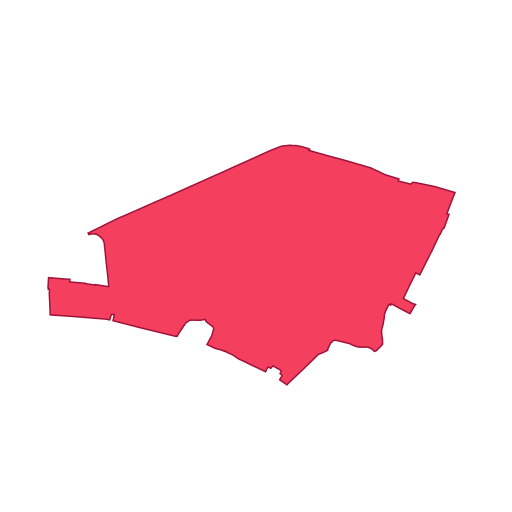 the district of Otopeni, Bucharest, Romania, rotated 34°
{"feature_id": "2599482B32051215942392", "entity_name": "Otopeni", "entity_type": "district", "adm_level": 2, "iso_a3": "ROU", "parent_name": "Romania", "parent_adm1": "Bucharest", "projection": "orthographic", "projection_center": [26.087, 44.559], "detail": "fine", "context": "isolated", "style": "filled", "palette": "rose", "viewbox_px": 512, "rotation_deg": 34, "n_neighbors": 0, "source": "geoboundaries", "source_scale": "gbopen_adm2", "svg_char_len": 5309}
<svg xmlns="http://www.w3.org/2000/svg" viewBox="0 0 512 512"><g transform="rotate(34 256 256)"><path d="M104.4,400.6L105.8,403.0L112.4,411.8L118.3,419.9L118.7,419.7L138.6,408.2L167.2,392.1L170.4,390.8L168.9,385.7L168.9,385.2L171.3,383.8L173.6,389.6L200.4,380.1L234.7,367.4L234.7,366.8L235.6,366.5L235.3,365.2L235.2,351.2L235.8,349.3L236.8,346.8L237.0,346.3L239.5,344.5L241.1,343.4L242.7,342.4L245.0,340.9L245.5,340.6L247.3,338.9L248.8,337.6L249.4,337.0L249.5,337.0L251.3,338.3L260.1,338.8L260.8,339.4L261.6,340.1L262.1,341.4L263.2,344.7L263.3,344.9L263.9,346.7L264.0,347.4L264.0,347.6L264.2,349.4L264.2,350.1L264.3,351.2L264.6,353.8L264.8,356.1L264.9,356.8L266.6,356.5L268.6,356.2L270.5,355.9L270.5,356.0L273.3,355.5L274.0,355.3L275.1,355.0L275.1,354.9L277.3,354.2L278.1,353.9L279.5,353.5L280.1,353.3L280.3,353.1L280.5,352.9L280.9,353.0L281.0,353.1L281.5,353.0L282.1,352.9L282.3,352.7L282.4,352.4L282.8,352.7L284.0,352.4L284.5,352.3L284.6,352.2L284.6,351.7L284.9,351.7L285.1,351.7L285.2,351.8L285.6,352.1L287.2,351.9L287.5,351.8L288.8,351.6L289.3,351.5L289.7,351.4L290.1,351.3L290.5,351.2L291.0,351.2L291.4,351.1L291.6,351.1L292.1,351.1L292.5,351.0L293.7,351.0L294.0,351.0L294.4,351.0L294.8,351.0L295.3,351.0L295.7,351.0L296.0,351.1L296.3,351.1L296.5,351.1L296.9,351.1L297.7,351.1L298.1,351.1L298.9,351.1L299.3,351.0L299.7,351.0L300.2,350.9L301.8,350.6L303.7,350.3L305.8,350.0L307.7,349.7L309.5,349.5L313.6,348.9L324.3,347.2L326.4,346.9L326.8,346.9L328.4,346.6L328.7,346.6L328.2,343.9L328.1,341.2L331.1,340.8L331.3,337.7L340.3,336.9L340.9,336.9L341.2,337.2L341.6,339.7L341.8,340.2L344.1,340.2L344.4,340.3L344.6,341.2L344.8,345.4L345.1,345.4L345.7,345.4L350.9,345.5L351.1,345.5L351.3,345.5L351.5,345.5L353.3,345.5L353.7,345.5L354.0,343.1L354.7,340.1L354.8,339.6L355.0,338.8L355.1,338.6L355.2,338.0L355.4,337.0L355.5,336.8L355.5,336.6L357.4,328.0L358.0,325.4L358.0,325.2L358.5,323.2L359.4,318.7L359.7,317.6L359.9,316.5L359.9,316.3L360.2,315.2L361.7,307.8L362.2,305.2L362.6,303.3L362.7,302.7L362.9,302.4L365.0,299.4L367.8,294.8L367.9,294.5L368.1,294.0L367.8,293.9L367.3,291.6L366.6,287.0L366.6,286.5L366.7,286.3L366.9,285.5L366.7,285.4L366.9,284.9L367.4,283.2L367.6,282.7L368.4,281.9L369.0,281.4L369.7,281.1L372.4,280.1L373.7,279.6L375.0,279.1L378.8,277.7L381.2,276.8L383.1,276.2L383.9,276.1L385.5,275.9L387.9,275.4L389.7,275.0L392.2,274.0L394.5,272.6L395.9,271.6L398.2,270.0L399.9,268.9L402.7,268.5L404.2,268.3L407.4,268.9L407.5,268.9L408.8,267.1L408.9,266.2L409.0,265.7L409.3,264.2L409.8,261.6L410.1,259.9L410.2,259.3L410.2,259.2L410.2,258.1L409.8,257.6L409.4,257.1L408.9,256.4L407.8,254.7L405.7,252.5L405.1,251.9L404.3,250.9L403.6,250.1L403.0,249.2L402.5,248.6L401.8,247.5L401.2,246.6L400.6,244.6L400.6,244.4L400.5,244.2L400.2,243.3L399.9,242.7L399.4,241.1L399.1,240.6L398.8,239.9L398.5,239.3L398.0,238.2L397.3,236.5L397.0,235.7L396.7,235.1L395.9,233.9L395.4,233.3L395.3,232.8L394.9,231.7L394.3,229.7L394.1,228.4L393.9,227.1L393.8,225.5L393.6,224.6L393.5,223.6L393.5,223.2L393.3,221.7L394.1,221.6L394.5,221.6L395.1,221.5L395.1,221.4L395.0,220.8L394.8,220.0L398.0,219.6L402.2,219.2L408.2,218.6L412.8,218.1L415.9,217.7L415.5,212.0L415.4,210.4L415.3,207.9L415.4,207.0L414.3,207.3L412.6,207.8L411.3,208.0L410.4,208.1L408.3,208.2L408.0,208.2L405.9,208.5L404.9,208.6L402.0,208.9L401.9,208.3L401.7,207.0L400.0,195.9L397.9,180.6L402.3,180.1L401.9,176.4L401.2,171.4L401.1,170.5L401.1,170.3L400.5,165.9L400.1,162.7L399.9,161.1L399.7,159.8L399.7,159.6L399.6,158.8L399.2,156.1L399.2,155.5L399.1,155.1L399.1,154.7L399.1,154.2L396.2,135.4L396.4,135.3L396.5,135.2L395.8,130.3L395.7,129.4L395.7,128.9L395.9,128.2L396.0,128.2L396.2,127.9L396.3,127.6L395.1,122.9L392.7,113.5L390.6,114.3L386.7,97.7L385.5,92.1L372.5,96.2L372.0,96.4L365.5,98.4L349.7,104.9L346.3,106.4L345.3,106.9L344.6,107.6L344.4,108.4L344.4,109.5L344.3,109.8L332.7,114.0L332.0,114.2L331.4,112.2L321.2,115.3L317.1,116.5L312.6,117.1L310.0,117.4L308.2,117.8L306.0,118.2L301.6,118.8L299.6,119.5L297.6,120.1L281.7,125.2L268.2,129.7L266.5,130.3L260.2,132.5L255.5,134.0L248.1,136.5L240.7,138.9L240.7,137.4L239.7,137.6L237.8,138.1L237.5,138.2L237.0,138.4L236.4,138.6L235.9,138.7L235.0,139.0L234.4,139.2L231.4,140.3L230.1,140.9L227.7,141.9L222.3,145.4L222.2,145.2L216.1,150.3L214.7,152.1L213.4,153.9L210.0,158.9L207.0,163.6L193.0,186.3L187.5,195.1L183.1,202.4L183.0,202.7L182.7,203.1L180.1,207.3L176.4,213.0L175.9,213.9L175.2,215.0L174.7,215.7L174.7,215.8L174.3,216.4L173.2,218.2L172.0,220.2L170.5,222.6L163.6,233.6L159.5,240.2L153.6,249.7L151.3,253.5L149.6,256.0L148.4,258.0L143.5,265.6L138.1,274.3L137.4,275.3L135.4,278.6L127.6,290.9L126.5,292.7L123.1,298.0L122.4,299.0L120.8,301.5L119.8,303.2L118.7,305.1L117.7,306.9L116.4,309.1L115.9,310.1L114.8,311.9L112.2,316.5L112.0,317.0L109.9,320.6L107.3,325.1L106.1,327.2L104.0,330.9L105.2,331.6L105.5,331.7L106.0,331.0L108.2,329.0L109.6,328.1L111.6,327.2L112.8,327.1L113.6,327.0L115.2,327.1L117.5,327.4L119.5,327.9L120.9,328.6L122.9,330.1L127.5,335.6L133.9,343.3L145.5,356.9L150.4,363.0L150.9,363.8L150.6,364.0L138.9,369.5L139.1,369.9L130.1,374.3L129.6,374.5L129.5,374.2L116.0,381.7L114.8,379.4L114.7,379.5L106.7,384.0L100.8,387.3L96.1,389.9L96.2,390.1L98.6,394.1L99.4,395.5L101.3,398.6L101.6,398.5L101.8,398.6L102.4,399.8L103.3,399.1L104.2,400.2L104.4,400.6Z" fill="#f43f5e" stroke="#9f1239" stroke-width="1.5"/></g></svg>